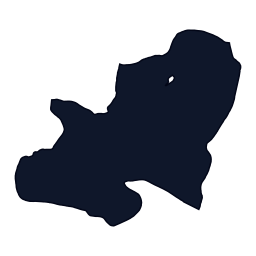 outline of Damt, Al Dali', Yemen
{"feature_id": "15242507B35659616326925", "entity_name": "Damt", "entity_type": "district", "adm_level": 2, "iso_a3": "YEM", "parent_name": "Yemen", "parent_adm1": "Al Dali'", "projection": "orthographic", "projection_center": [44.686, 14.105], "detail": "fine", "context": "isolated", "style": "filled", "palette": "ink", "viewbox_px": 256, "rotation_deg": 0, "n_neighbors": 0, "source": "geoboundaries", "source_scale": "gbopen_adm2", "svg_char_len": 5795}
<svg xmlns="http://www.w3.org/2000/svg" viewBox="0 0 256 256"><path d="M51.7,99.9L51.2,105.0L50.9,107.0L50.8,107.9L50.8,108.9L50.9,109.8L51.4,110.6L52.1,111.6L52.7,112.2L54.2,113.7L54.9,114.4L56.7,115.7L58.2,117.1L59.0,117.6L59.8,118.4L60.4,119.1L61.0,119.9L63.2,124.8L63.5,125.7L63.8,126.7L64.1,127.6L64.3,128.6L64.4,129.6L64.2,130.6L63.9,131.5L63.6,132.4L63.1,133.4L62.1,135.0L58.9,139.1L57.1,141.8L56.0,143.3L55.5,144.1L54.8,144.9L53.7,146.5L53.4,147.5L52.9,148.3L52.2,149.0L51.4,149.3L50.3,149.5L47.3,149.5L46.3,149.5L44.3,149.6L43.4,149.3L42.4,149.3L41.5,149.5L40.6,149.9L39.5,150.4L38.1,151.7L37.3,152.0L36.4,152.0L35.4,151.9L34.5,152.2L33.7,152.9L33.4,153.7L33.2,154.6L32.6,155.6L31.8,156.1L29.1,157.0L28.2,157.0L27.2,156.6L26.2,156.4L25.3,156.5L24.4,156.8L22.6,157.5L21.9,158.0L21.0,158.9L20.6,159.7L19.4,162.7L19.1,163.6L17.8,166.2L17.5,167.1L17.1,169.0L16.5,170.9L15.9,172.8L15.7,173.8L15.6,174.8L15.4,175.7L15.4,177.7L15.4,178.8L15.8,181.8L16.0,183.8L16.2,184.8L16.3,186.6L16.4,187.6L17.2,190.7L17.5,191.6L18.4,193.4L18.7,194.4L19.1,195.2L19.6,196.0L20.1,196.8L20.7,197.5L22.2,198.7L23.0,199.2L24.9,199.9L25.7,200.3L26.7,200.5L27.8,200.8L29.6,201.2L33.3,201.3L35.2,201.2L41.8,201.6L42.8,201.7L43.9,201.8L44.8,201.8L46.7,202.0L48.9,202.3L49.9,202.6L50.8,202.6L53.8,203.2L55.9,203.8L56.9,204.1L59.1,204.6L60.0,204.8L61.0,204.9L61.9,205.0L63.0,205.2L65.1,205.5L66.7,205.9L68.5,206.1L69.0,206.3L69.9,206.3L72.2,206.7L73.3,206.9L74.2,207.3L77.6,208.3L79.6,209.0L82.4,209.8L84.3,210.2L85.3,210.4L86.1,210.8L88.1,213.5L88.6,214.2L89.5,215.0L90.2,215.5L91.2,215.7L93.4,216.0L95.5,216.3L96.5,216.3L97.5,216.3L98.4,216.4L99.3,216.5L100.3,216.6L101.3,216.9L102.2,217.2L103.2,217.7L104.0,218.3L104.6,219.0L105.8,220.7L106.6,221.7L107.4,222.5L109.9,224.8L110.8,225.3L111.8,225.6L113.8,225.8L114.8,225.4L117.8,224.1L119.0,223.6L124.9,220.9L126.0,220.4L127.8,219.5L130.1,218.3L131.1,217.6L133.0,216.4L133.8,215.8L136.1,213.5L137.8,211.8L139.3,210.1L140.2,208.2L140.6,207.3L140.9,206.4L141.2,205.4L141.2,204.4L141.4,203.5L141.5,202.4L141.2,200.4L140.9,199.2L140.6,198.3L139.8,196.5L139.3,195.6L138.7,194.7L138.1,194.1L136.3,193.0L134.5,191.9L133.3,191.3L130.9,190.0L130.0,189.6L128.3,188.5L126.5,187.1L125.9,186.5L125.3,185.6L124.2,183.6L124.2,182.7L124.8,181.9L125.6,181.5L127.5,180.9L128.4,180.7L129.3,180.8L130.6,180.9L131.6,180.8L132.6,180.8L134.5,180.4L137.4,180.0L139.3,179.7L141.6,179.6L142.5,179.6L143.7,179.7L144.7,179.9L145.7,180.2L146.7,180.6L149.6,182.0L150.8,182.7L154.6,184.7L157.4,186.0L158.4,186.4L159.3,186.9L163.1,188.7L168.1,191.4L172.8,194.5L176.3,196.9L179.1,198.6L181.1,200.0L182.0,200.4L182.8,200.9L183.7,201.8L198.8,209.4L199.7,207.2L200.0,206.4L200.3,204.3L200.5,203.4L201.0,202.4L201.2,201.5L201.4,200.5L202.0,198.6L202.2,197.7L202.1,196.8L202.1,195.8L201.6,194.8L201.3,193.9L201.0,192.7L200.9,190.7L200.7,189.8L200.6,187.5L200.7,186.3L201.1,184.2L201.9,182.3L203.4,180.1L204.3,178.8L204.9,177.9L205.7,176.0L206.3,175.0L206.9,174.0L208.5,170.4L209.3,167.5L210.0,165.6L210.2,164.5L211.0,161.7L211.0,160.8L211.1,159.7L211.0,157.8L210.5,155.7L210.1,154.8L209.6,154.1L208.5,152.4L207.9,151.6L207.2,150.8L206.7,149.9L206.5,149.0L206.2,148.0L206.2,147.1L206.3,146.1L206.6,144.2L206.9,143.3L207.6,142.6L208.4,141.9L209.3,141.2L210.7,140.0L211.7,139.0L212.4,138.0L213.1,137.2L213.7,136.4L214.3,135.6L214.9,134.6L216.0,133.2L216.4,132.4L217.3,131.2L217.8,130.2L219.4,127.5L220.5,125.7L222.2,123.0L222.8,122.2L223.9,120.2L224.4,119.4L225.6,118.0L226.1,117.2L226.7,116.3L227.9,114.1L228.8,112.2L230.1,110.2L230.4,109.4L231.4,107.5L232.2,105.7L232.5,104.7L232.9,103.6L233.8,100.6L234.1,99.7L234.5,97.7L234.5,96.8L239.1,76.3L239.9,71.1L239.7,70.2L240.1,69.6L240.4,68.7L240.6,67.8L240.6,66.8L240.6,65.9L240.2,65.0L239.3,63.2L238.6,62.6L237.0,61.3L236.3,60.7L235.8,60.0L235.0,59.5L234.1,58.9L233.3,58.0L232.9,57.2L232.0,54.4L231.8,53.4L231.5,52.4L231.1,50.6L230.1,46.7L229.9,45.8L229.7,44.8L229.5,43.8L229.4,42.9L227.9,42.7L226.0,42.5L224.9,42.2L223.5,41.4L222.3,40.3L218.8,38.0L217.4,37.1L215.4,36.2L215.0,36.0L214.5,35.8L213.2,35.1L211.9,34.6L209.7,33.8L207.8,33.1L206.4,32.6L205.7,32.3L203.8,31.6L201.6,31.1L199.9,30.9L197.7,30.7L196.9,30.6L194.6,30.3L192.5,30.3L188.0,30.2L186.7,30.4L184.8,30.9L183.9,31.3L182.9,31.6L182.0,31.9L181.2,32.3L180.4,32.7L178.7,33.3L177.7,33.9L177.0,34.6L175.6,37.0L175.1,37.7L174.4,38.5L173.9,39.4L173.4,40.1L172.2,43.0L170.8,46.9L170.5,48.1L170.1,49.1L169.5,50.3L168.4,52.0L167.8,52.7L167.0,53.3L166.0,54.0L163.2,55.5L162.1,55.9L160.2,55.7L159.1,55.5L158.2,55.6L155.2,55.6L152.4,56.6L150.7,57.2L149.8,57.4L148.7,57.6L147.8,57.9L146.9,58.3L145.9,58.5L144.8,59.0L143.8,59.2L141.6,60.2L140.8,60.9L139.2,62.1L137.2,63.0L135.4,63.6L131.5,64.5L129.4,64.8L126.5,64.9L124.6,65.1L123.6,65.1L122.7,65.0L121.8,64.8L120.8,64.5L119.8,64.1L119.0,67.5L119.0,68.5L118.5,69.8L117.6,72.9L117.6,73.9L116.8,78.0L116.8,81.3L116.4,82.0L116.0,85.8L115.9,86.9L115.9,87.9L115.9,90.9L116.4,91.7L116.6,92.6L116.6,93.5L116.3,94.5L116.2,95.4L115.9,96.4L115.6,97.3L114.0,99.3L113.3,100.3L112.3,102.1L111.2,103.7L110.0,105.1L108.6,106.4L107.9,107.1L107.6,107.9L107.6,108.9L108.4,111.5L108.0,112.4L107.2,112.8L106.3,113.2L104.5,113.7L103.5,113.8L102.5,113.8L101.6,113.6L99.6,113.6L98.7,113.6L97.7,113.7L96.8,114.0L95.9,114.3L94.9,114.5L94.0,114.3L93.3,113.8L92.0,112.3L90.5,111.1L89.8,110.6L88.9,110.1L85.0,108.6L83.3,107.7L82.4,107.1L79.0,105.1L77.3,103.8L75.6,102.8L74.6,102.4L72.7,101.8L71.5,101.5L70.4,101.4L69.5,101.3L67.6,101.3L64.9,101.4L63.8,101.4L62.8,101.2L61.9,100.8L60.1,100.2L59.2,100.0L57.1,99.4L56.2,99.4L55.3,99.6L55.0,99.7L51.7,99.9ZM166.0,85.6L165.7,85.6L165.5,85.3L166.5,83.9L167.7,83.0L168.5,81.9L168.0,79.7L168.7,77.8L172.4,75.2L174.3,77.0L174.3,78.7L173.1,81.0L170.9,82.6L169.2,83.7L167.2,85.1L166.0,85.6Z" fill="#0f172a" stroke="#020617" stroke-width="1.5"/></svg>